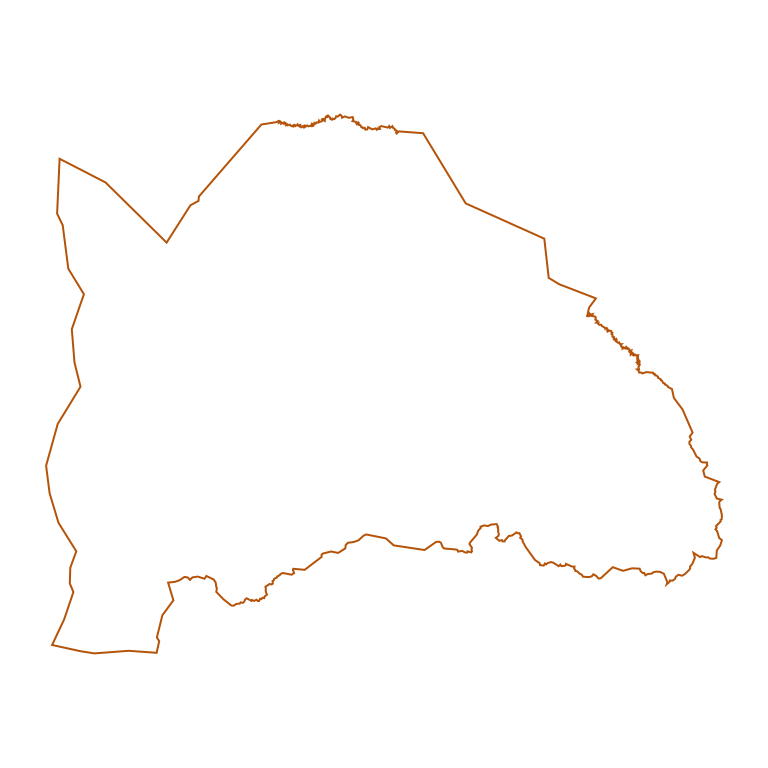 Xalx gol, Dornod, Mongolia (Albers equal-area conic projection)
{"feature_id": "93677404B3085807680593", "entity_name": "Xalx gol", "entity_type": "district", "adm_level": 2, "iso_a3": "MNG", "parent_name": "Mongolia", "parent_adm1": "Dornod", "projection": "albers", "projection_center": [119.062, 47.201], "detail": "fine", "context": "isolated", "style": "outline", "palette": "amber", "viewbox_px": 768, "rotation_deg": 0, "n_neighbors": 0, "source": "geoboundaries", "source_scale": "gbopen_adm2", "svg_char_len": 6106}
<svg xmlns="http://www.w3.org/2000/svg" viewBox="0 0 768 768"><path d="M52.1,645.0L80.4,651.2L94.4,653.4L128.7,650.8L156.6,652.8L159.2,641.2L156.9,637.4L162.4,615.2L173.4,600.3L168.1,582.6L174.6,581.9L179.6,580.2L184.5,576.9L187.8,577.5L190.0,579.9L192.4,577.4L197.7,576.6L204.5,578.7L206.4,576.0L213.7,579.5L215.7,582.6L216.2,586.6L216.9,588.1L216.3,591.9L223.5,599.3L231.3,605.5L233.7,605.7L236.4,603.9L239.8,603.6L240.7,602.4L242.8,602.8L244.0,602.0L245.2,599.4L246.7,598.3L251.6,600.9L252.0,600.0L254.2,600.9L256.5,599.7L257.8,601.0L259.1,601.0L260.1,598.7L261.4,599.0L262.6,597.8L264.2,598.1L264.6,596.5L266.9,594.7L265.6,590.8L265.9,588.7L265.4,586.8L269.6,584.0L271.6,584.4L272.8,583.6L272.6,581.0L273.7,580.4L274.2,578.8L277.0,577.4L277.2,576.5L279.7,575.2L280.5,574.0L282.8,573.0L291.6,574.7L294.1,573.1L292.9,569.8L293.3,568.8L304.7,569.8L321.6,556.9L321.6,554.6L323.0,553.5L331.2,551.5L337.9,552.9L339.2,552.3L345.3,548.4L345.7,545.0L347.9,542.8L353.7,542.0L358.5,540.3L363.6,535.6L366.4,534.5L385.9,538.4L393.8,545.4L424.6,550.0L436.1,541.9L439.1,541.7L440.9,542.7L442.8,547.4L444.3,548.5L455.9,549.5L457.5,550.0L458.1,551.6L462.3,550.9L465.1,552.5L467.2,552.5L467.5,551.4L471.2,552.4L472.0,551.2L471.4,549.7L472.0,547.9L469.5,544.1L469.7,543.0L476.9,534.5L478.1,530.9L480.8,527.8L480.5,526.7L484.2,525.4L487.9,526.1L490.9,524.6L496.6,524.1L498.1,527.0L497.6,527.4L498.4,529.8L498.0,530.8L498.8,534.4L498.5,535.8L495.8,537.9L499.3,540.8L502.0,540.1L502.6,541.4L504.6,541.4L505.1,540.1L508.9,535.9L511.9,535.6L516.5,532.4L517.9,533.3L519.4,533.1L521.1,536.5L520.2,537.8L522.5,539.6L522.6,541.3L525.8,547.2L535.1,560.1L539.7,563.2L540.0,565.1L543.7,565.6L544.9,563.5L546.2,564.4L547.3,563.2L551.0,562.1L553.3,562.7L558.7,566.2L560.4,564.6L561.4,566.1L564.1,566.0L565.8,565.1L566.0,563.9L571.8,566.5L574.5,566.6L574.1,568.6L575.3,570.0L575.3,570.9L577.5,571.5L580.0,574.0L581.6,574.5L583.0,576.7L589.1,577.1L591.8,576.3L593.3,574.3L596.1,575.8L598.6,578.6L600.8,578.2L612.8,567.2L623.0,570.8L632.2,568.3L639.7,568.7L640.6,571.1L642.6,573.0L644.2,572.9L645.4,575.3L647.7,574.0L651.7,573.6L653.4,572.2L656.7,571.6L660.1,571.9L663.9,573.8L667.4,582.2L666.7,584.3L669.6,581.8L669.9,580.5L672.7,580.6L675.0,578.9L675.8,576.7L678.5,574.8L682.0,575.7L684.7,574.2L689.3,569.8L690.1,568.5L690.1,566.4L692.2,564.1L694.9,557.8L693.5,552.8L700.2,557.1L701.9,556.1L706.1,557.5L708.2,557.3L709.8,558.5L713.4,558.8L716.3,557.9L716.8,550.6L720.2,545.5L721.8,540.7L721.8,540.0L719.2,538.0L717.1,531.1L715.5,529.3L716.7,527.8L716.0,526.1L720.6,521.5L720.5,519.3L720.8,520.0L721.7,519.1L721.9,515.3L720.6,509.1L719.7,508.1L719.2,502.6L719.6,501.4L721.7,499.7L716.8,498.5L714.6,494.0L715.4,491.6L714.9,489.7L717.3,483.6L719.2,482.1L704.8,476.6L703.2,470.5L707.4,465.3L706.8,464.3L707.0,462.5L702.5,462.4L700.5,461.3L699.5,458.6L696.5,456.5L693.0,449.5L691.2,447.5L690.9,445.7L689.4,443.9L689.4,441.8L691.2,439.8L689.7,436.5L692.6,432.6L682.5,409.4L673.9,398.0L672.0,389.1L668.0,387.0L667.6,385.9L664.9,384.4L664.9,383.6L663.2,383.0L662.2,381.0L661.0,380.4L661.0,379.5L657.9,377.7L658.0,376.8L656.9,375.7L655.2,375.4L655.1,374.3L653.7,374.1L653.3,372.8L646.4,372.1L642.3,373.4L641.4,372.5L639.1,372.5L638.6,370.6L637.2,369.4L639.0,369.2L638.4,367.2L639.8,364.8L638.9,363.3L638.4,364.2L636.7,362.4L637.4,361.9L638.2,362.3L638.1,363.0L638.8,362.3L639.5,362.8L639.6,361.1L639.1,360.7L638.4,361.6L637.7,360.7L639.3,360.0L637.4,359.9L637.2,358.7L638.0,358.3L637.5,357.6L637.9,356.9L637.2,356.6L638.0,355.2L634.8,355.3L634.6,354.5L633.4,355.4L632.4,354.6L633.2,353.8L632.7,353.0L630.7,354.6L630.7,353.1L629.9,352.1L631.5,352.2L630.8,351.5L631.2,350.6L630.1,351.1L630.6,349.7L629.4,350.8L629.2,349.2L626.9,348.7L627.6,348.0L627.2,347.7L626.1,348.3L625.9,347.0L624.0,348.4L623.2,347.4L622.5,348.2L622.5,347.1L621.8,346.7L620.7,346.9L621.4,346.4L620.8,345.1L621.7,344.1L620.0,344.1L619.1,342.4L618.3,342.9L616.0,341.4L616.7,340.1L616.3,339.0L614.8,340.0L613.9,339.3L614.4,338.8L613.8,338.5L614.1,337.2L612.5,336.7L612.5,334.8L611.5,334.0L612.4,332.8L611.4,332.2L611.1,330.9L609.4,330.6L607.6,331.6L607.2,330.8L608.2,330.2L606.7,328.0L605.3,328.9L605.0,327.8L601.7,325.9L601.3,324.8L599.0,324.7L598.2,323.8L598.5,322.6L596.2,322.6L597.5,320.9L595.3,319.6L595.8,317.6L595.3,316.6L591.8,316.0L592.7,314.2L590.9,314.7L589.9,313.8L590.1,315.1L589.3,315.1L589.2,316.2L587.2,316.1L589.1,307.5L595.9,298.4L559.3,284.3L548.7,277.9L544.3,238.7L465.7,203.4L423.1,133.2L398.9,131.4L396.6,133.5L396.1,132.6L396.7,130.7L394.8,129.9L394.6,128.7L393.1,127.9L392.4,126.2L390.0,127.9L389.2,126.1L387.7,127.6L381.4,126.1L379.3,127.2L380.0,128.9L377.7,129.3L377.4,128.7L376.6,129.6L375.6,128.4L372.3,129.4L368.1,127.1L367.3,129.4L365.3,129.6L364.7,127.8L363.0,128.2L362.5,127.3L361.3,127.2L360.5,125.3L358.6,124.8L358.8,123.0L358.2,122.3L357.3,122.6L357.5,123.8L356.7,124.2L355.8,121.8L352.5,121.1L353.3,119.7L352.7,117.1L348.6,117.8L345.0,116.4L342.0,117.7L341.6,115.9L340.0,114.6L337.7,116.6L336.2,116.2L335.4,118.2L334.1,119.2L332.4,118.5L331.9,119.7L330.3,118.9L329.9,117.3L328.0,115.5L327.3,116.3L327.7,117.7L326.5,116.3L325.6,117.2L324.7,119.8L324.8,120.9L323.0,120.1L322.8,119.4L323.5,119.0L322.7,118.9L321.9,119.4L322.5,120.3L321.8,121.3L319.6,121.9L319.0,120.8L318.4,122.6L316.5,122.4L315.5,123.7L314.4,122.9L313.7,124.8L311.9,123.7L311.6,124.6L312.7,126.0L311.7,126.3L310.3,125.7L308.4,126.4L307.3,125.5L305.1,126.9L305.2,125.6L304.7,125.4L303.7,126.0L303.4,127.2L302.1,126.2L301.2,127.3L299.4,126.4L300.0,125.0L298.5,125.3L297.6,124.5L297.3,125.4L296.0,125.3L295.6,126.0L294.2,124.8L293.4,125.2L293.8,126.3L293.2,126.6L290.7,125.7L289.9,124.6L287.6,125.3L286.9,124.2L286.1,125.1L285.5,123.0L284.7,122.5L284.0,123.7L283.4,122.7L281.2,123.7L281.3,122.5L280.8,121.9L279.1,122.7L279.6,121.1L278.8,120.8L276.7,122.1L261.4,124.5L198.9,196.5L198.5,200.9L190.4,205.3L166.6,242.6L105.6,182.5L59.6,158.8L57.1,213.6L62.7,225.2L68.3,268.7L83.9,294.2L71.8,329.2L74.5,362.5L80.5,386.7L57.7,424.0L46.1,465.7L49.6,493.2L58.5,522.8L76.3,551.3L70.3,567.7L69.8,583.4L73.4,592.1L64.1,619.5L52.1,645.0Z" fill="none" stroke="#b45309" stroke-width="2"/></svg>